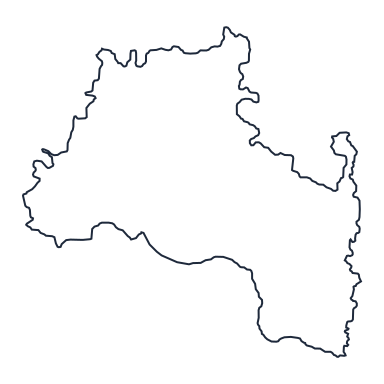 the district of Yizre'el, HaZafon, Israel
{"feature_id": "584046B83064859640631", "entity_name": "Yizre'el", "entity_type": "district", "adm_level": 2, "iso_a3": "ISR", "parent_name": "Israel", "parent_adm1": "HaZafon", "projection": "natural_earth1", "projection_center": [35.352, 32.606], "detail": "fine", "context": "isolated", "style": "outline", "palette": "slate", "viewbox_px": 384, "rotation_deg": 0, "n_neighbors": 0, "source": "geoboundaries", "source_scale": "gbopen_adm2", "svg_char_len": 5885}
<svg xmlns="http://www.w3.org/2000/svg" viewBox="0 0 384 384"><path d="M34.3,161.4L33.4,164.3L33.6,166.6L35.5,168.1L35.8,169.9L35.3,171.0L33.7,172.5L33.0,174.6L33.7,176.4L39.6,178.6L39.6,180.9L37.5,182.8L35.0,186.3L32.2,189.2L26.8,192.2L26.4,193.5L23.5,194.4L23.0,195.7L25.3,205.7L26.7,207.1L29.0,207.8L29.9,209.9L30.3,215.8L30.9,217.3L33.0,218.3L32.7,219.8L26.8,223.7L26.2,224.8L27.9,226.3L30.3,227.4L31.8,229.6L38.4,230.1L40.6,232.9L44.4,234.4L45.9,235.7L52.1,236.2L54.4,237.2L55.9,243.4L57.6,246.8L58.8,247.2L60.6,246.9L61.7,244.1L66.2,240.1L70.4,239.6L82.7,239.9L90.1,239.2L91.4,238.7L92.2,229.0L94.5,226.6L98.2,225.5L99.6,223.6L101.8,222.7L108.8,222.7L112.3,223.3L114.1,224.5L115.9,227.2L118.4,229.1L122.7,230.3L127.8,236.1L129.8,237.5L131.1,239.5L136.0,238.1L138.8,234.5L141.1,233.4L141.4,232.3L143.5,232.9L149.6,244.5L156.8,251.7L161.6,255.4L177.1,262.2L189.0,264.3L193.0,263.1L200.7,262.9L205.6,260.2L210.9,259.4L213.7,257.3L215.6,256.7L223.3,256.9L232.1,259.8L234.5,262.1L237.1,263.5L239.9,266.7L241.0,267.2L244.2,267.4L247.0,269.5L250.1,269.8L251.3,270.9L252.1,273.3L252.1,278.8L255.1,283.8L255.8,289.2L258.6,293.0L258.9,296.8L262.0,299.9L262.2,303.2L261.3,306.3L259.3,307.8L258.6,310.2L258.7,317.8L257.6,323.1L258.0,324.6L259.3,326.2L259.5,328.6L261.6,331.4L261.9,333.9L263.3,334.7L265.2,337.4L267.3,339.3L271.5,341.5L276.4,341.7L278.3,341.2L279.4,339.6L281.2,338.5L284.4,337.3L290.8,336.9L297.8,337.9L300.0,338.5L301.5,341.1L303.9,342.7L305.2,343.0L305.5,344.3L306.9,345.5L311.7,346.7L314.8,348.5L320.2,348.6L325.1,351.8L330.6,351.8L332.2,352.8L334.0,355.0L335.5,355.4L337.2,356.8L338.3,356.8L340.1,355.4L344.2,355.8L345.6,355.4L345.1,354.0L343.6,351.8L343.9,346.8L344.3,345.8L347.2,346.1L348.2,344.9L346.9,343.4L347.0,341.9L347.6,340.6L348.9,339.5L348.5,338.0L347.2,336.6L348.1,333.8L345.3,332.4L344.8,331.5L345.1,330.7L348.3,329.4L348.5,328.6L346.2,327.5L346.3,325.5L347.2,322.1L348.0,321.5L350.8,321.3L352.1,320.7L352.9,319.4L353.2,309.6L353.9,308.3L355.8,307.1L356.8,305.7L356.8,303.4L355.6,301.3L353.0,300.9L352.8,300.4L351.3,299.5L350.7,298.2L352.4,296.0L353.9,289.4L353.5,286.8L354.2,286.2L355.7,286.0L356.5,284.2L361.0,281.4L359.3,277.8L358.8,274.6L357.8,273.6L352.6,273.0L351.7,271.4L350.3,270.6L349.9,269.3L351.2,267.6L351.5,266.1L349.5,264.0L347.4,263.1L346.2,261.3L344.8,260.4L346.9,255.9L348.2,255.6L350.1,256.1L352.2,255.2L352.7,254.3L352.7,252.8L351.9,250.6L350.4,249.6L349.5,247.3L349.9,240.2L350.6,239.4L352.4,242.0L353.9,241.8L355.3,240.7L355.1,238.4L355.6,234.7L356.6,233.2L358.3,232.9L359.3,232.1L359.7,228.8L359.3,226.9L357.2,225.1L356.5,223.5L356.5,221.7L358.9,219.8L359.5,217.1L359.8,209.3L359.5,200.7L357.5,197.6L353.7,196.7L353.1,195.0L353.8,193.1L356.1,191.1L356.3,185.6L353.4,181.7L352.8,179.6L350.4,178.5L349.5,176.3L349.9,174.5L352.1,174.5L352.6,172.1L351.7,168.0L353.4,166.5L353.6,164.9L352.7,162.7L353.2,161.8L354.2,161.8L354.7,155.8L356.3,154.3L356.9,151.7L352.8,146.1L351.3,145.4L350.0,142.0L348.3,141.3L346.8,139.1L347.5,136.3L349.2,135.1L348.7,133.2L346.3,132.4L339.6,132.8L336.4,136.0L332.2,136.4L332.0,137.5L333.2,138.9L333.8,141.8L331.0,146.6L333.9,150.5L334.4,152.9L335.9,154.3L344.8,155.8L345.9,156.7L346.5,159.5L346.4,164.5L343.6,167.9L343.2,177.0L342.5,177.7L341.0,178.1L339.5,181.5L337.3,183.3L337.5,189.6L335.5,190.9L333.1,190.7L331.0,188.9L326.5,187.3L323.3,184.7L319.2,184.5L317.3,183.7L315.9,182.3L312.3,180.9L310.2,178.5L306.8,177.3L300.5,177.3L299.6,176.4L298.8,173.8L297.2,172.1L293.1,170.8L292.0,170.0L293.3,158.3L292.9,156.5L291.0,155.2L284.7,155.0L280.5,153.0L278.2,154.6L275.1,154.8L271.2,151.6L268.2,147.8L264.2,147.2L260.7,143.4L258.8,142.3L255.7,142.4L253.4,145.2L251.3,145.3L249.9,143.2L249.8,140.5L251.2,139.0L253.8,138.1L255.5,136.4L258.2,135.2L259.2,133.0L258.4,129.0L256.3,128.5L254.8,126.3L253.2,125.2L249.6,124.3L248.5,122.7L247.5,122.2L244.0,121.3L242.5,118.9L241.0,118.6L239.6,116.4L236.9,114.2L236.8,105.5L237.4,103.7L239.6,102.1L241.6,99.7L245.2,98.8L249.0,98.9L251.5,99.5L253.3,101.6L256.4,102.4L258.3,101.8L258.6,100.2L258.5,95.6L257.4,93.5L256.1,92.9L251.0,92.5L249.5,91.6L247.7,88.1L246.0,87.5L243.0,89.4L240.5,89.3L239.3,88.7L238.9,86.0L239.6,84.7L239.9,81.7L240.9,80.1L242.8,79.0L243.2,76.5L242.3,74.1L241.0,73.3L239.9,71.8L239.0,69.2L239.5,65.3L241.1,63.7L246.4,62.8L248.3,61.9L248.9,60.7L249.0,53.7L250.2,49.5L249.4,48.0L249.0,41.7L246.8,38.3L246.8,37.5L243.8,36.7L240.1,34.4L238.9,34.5L237.4,36.1L235.9,36.6L234.8,36.2L234.5,34.8L230.9,32.4L229.8,29.9L227.9,27.7L226.2,27.2L224.3,27.6L223.2,34.5L224.2,36.7L223.8,39.1L221.8,41.4L221.3,43.8L220.1,45.9L217.5,46.6L214.6,46.4L211.3,47.3L208.6,49.8L206.3,50.5L200.4,50.4L197.7,52.8L195.9,53.3L190.2,53.6L185.2,53.2L183.8,52.7L182.6,50.5L181.0,49.9L178.5,47.0L173.9,46.3L172.5,47.0L171.1,49.5L168.4,50.3L165.4,49.8L161.3,48.4L156.5,49.9L150.5,50.3L149.6,50.8L148.3,52.9L146.7,53.6L146.0,55.4L146.0,61.5L145.2,63.2L143.4,64.2L142.2,66.0L140.5,66.8L137.3,66.3L136.3,65.6L135.5,63.0L136.2,60.5L136.1,52.9L135.7,50.9L134.7,50.3L131.0,50.9L130.5,53.5L130.3,59.6L127.3,62.3L126.4,65.7L124.8,66.5L123.5,66.3L120.6,63.1L118.2,63.1L117.6,61.8L115.3,59.0L114.7,54.2L111.7,53.0L110.8,51.0L108.1,50.0L103.9,49.5L102.0,48.7L101.5,50.4L99.4,51.9L97.9,54.3L96.5,55.1L97.1,56.6L98.7,58.6L101.9,61.2L102.3,62.9L102.1,64.9L101.0,66.2L99.6,68.9L98.9,78.7L97.7,80.2L94.5,80.6L93.2,82.7L92.5,90.5L91.3,91.5L86.2,92.5L85.4,93.1L86.2,94.9L92.5,95.6L94.8,96.5L95.6,98.1L93.8,99.5L93.4,101.3L89.8,103.7L86.4,108.0L86.7,117.1L85.2,118.3L78.6,118.7L77.4,118.4L75.7,116.3L74.4,116.6L73.4,120.4L73.4,126.7L72.8,129.8L71.3,132.3L70.3,137.9L69.1,139.6L67.7,143.1L67.5,150.1L66.8,151.4L61.2,152.5L57.7,154.9L54.2,155.2L51.3,154.1L48.4,151.2L44.4,149.5L42.9,149.1L42.2,149.5L42.8,151.3L43.3,151.8L48.1,153.3L49.7,155.8L51.9,157.2L52.5,163.1L53.4,164.2L53.0,165.8L49.5,167.8L47.9,168.0L46.5,167.0L41.6,161.4L36.9,160.7L34.3,161.4Z" fill="none" stroke="#1e293b" stroke-width="2"/></svg>